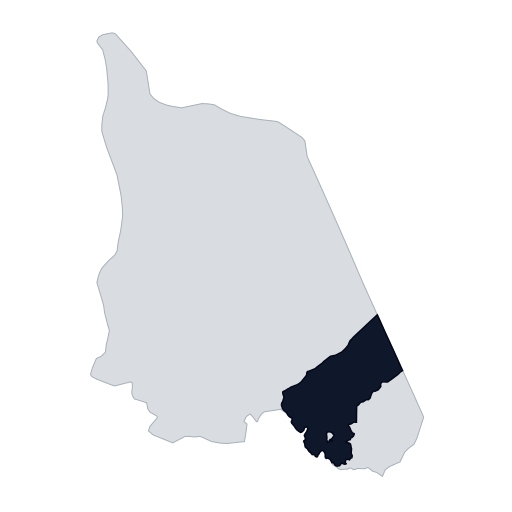 Rif Dimashq on a map of Syria (Albers equal-area conic projection), rotated 279°
{"feature_id": "SYR-144", "entity_name": "Rif Dimashq", "entity_type": "Province", "adm_level": 1, "iso_a3": "SYR", "parent_name": "Syria", "parent_adm1": "", "projection": "albers", "projection_center": [36.607, 33.459], "detail": "fine", "context": "in_parent", "style": "filled", "palette": "ink", "viewbox_px": 512, "rotation_deg": 279, "n_neighbors": 0, "source": "natural_earth", "source_scale": "10m", "svg_char_len": 6546}
<svg xmlns="http://www.w3.org/2000/svg" viewBox="0 0 512 512"><g transform="rotate(279 256 256)"><path d="M66.4,177.2L71.0,177.8L80.6,183.7L82.2,183.5L85.2,175.8L88.0,173.1L94.0,170.9L95.8,158.3L98.5,155.9L101.9,154.6L107.1,154.4L111.6,153.6L111.9,151.4L105.6,136.9L106.1,133.3L109.2,118.7L111.1,113.0L112.9,111.1L120.0,111.9L129.9,114.4L132.5,118.6L137.4,122.3L144.7,122.0L153.1,122.6L159.7,122.8L164.9,120.2L176.7,115.2L182.5,113.5L187.8,111.2L204.8,103.0L211.7,103.5L216.4,104.5L220.0,105.7L228.2,111.0L234.9,116.4L239.6,118.0L248.0,117.7L260.2,118.4L275.1,118.0L283.8,116.2L294.8,113.2L314.4,106.0L340.0,91.4L355.0,84.2L361.6,83.2L370.1,82.8L378.8,84.1L388.5,84.9L393.0,84.6L403.5,82.8L417.0,79.4L425.4,76.7L435.5,72.4L441.7,65.9L443.7,65.2L446.4,66.1L447.7,66.5L450.6,69.9L453.8,78.7L453.9,79.7L453.5,82.3L447.1,90.1L438.5,100.7L432.2,107.4L421.6,118.7L413.4,121.4L399.5,125.9L395.9,129.9L392.7,136.1L391.0,144.5L390.7,149.7L390.7,159.4L394.5,169.3L398.1,178.8L398.8,185.1L398.8,191.4L396.0,198.3L393.0,207.7L391.5,218.2L391.4,237.7L392.1,254.3L391.9,257.0L386.6,269.0L380.2,283.0L377.2,286.3L362.2,291.0L346.0,301.7L327.8,313.6L311.3,324.3L293.8,335.6L275.7,347.2L262.7,355.4L245.2,366.4L229.3,376.9L213.1,387.5L200.8,395.5L181.9,408.1L170.9,415.4L154.6,426.2L140.2,435.7L123.1,446.8L101.7,443.5L94.9,441.6L89.4,436.3L85.3,433.5L75.2,430.5L68.8,420.6L64.9,417.0L58.1,415.4L61.1,409.0L61.7,404.8L64.6,399.7L62.8,396.4L62.0,389.2L60.7,387.5L60.2,385.6L61.3,383.3L60.9,380.9L59.8,379.9L59.2,376.4L58.3,373.7L58.8,370.5L60.3,368.4L61.9,364.4L63.7,363.2L66.5,360.7L67.3,358.1L69.9,355.6L73.3,353.5L74.1,351.8L73.6,350.9L70.2,348.9L68.4,345.6L70.0,340.8L71.1,339.3L73.2,336.9L77.7,333.4L81.3,332.8L84.4,332.8L89.6,333.1L93.7,333.8L94.7,332.9L94.6,331.7L89.6,328.7L89.3,326.4L90.6,323.9L94.1,320.0L98.3,317.1L100.5,316.6L105.3,310.8L108.4,304.3L103.4,288.5L100.4,285.9L95.5,283.8L92.7,283.4L92.4,282.4L96.3,278.4L99.0,274.9L96.0,271.6L90.6,270.0L88.6,273.4L81.7,273.7L70.9,273.6L66.3,256.9L65.6,249.7L65.8,241.3L69.1,229.1L67.6,223.4L67.5,219.6L66.8,214.3L58.4,203.0L63.2,182.3L66.4,177.2Z" fill="#d9dde1" stroke="#a8b0b8" stroke-width="1"/><path d="M99.7,317.4L100.6,317.3L101.6,316.8L101.9,316.1L102.1,315.3L102.4,314.2L103.6,312.7L106.4,310.3L107.8,307.9L109.6,305.9L110.8,305.5L112.3,304.6L113.3,304.4L114.8,304.4L115.1,304.5L116.2,305.1L120.6,305.7L121.1,305.7L121.3,305.6L123.4,304.4L125.3,303.8L125.8,303.7L126.1,303.8L126.4,304.1L127.2,305.2L127.2,305.3L127.4,305.6L128.8,307.3L129.7,308.2L130.6,309.6L131.7,310.7L132.1,311.2L132.5,312.0L133.4,313.5L133.8,314.2L133.9,314.3L134.3,315.0L135.0,316.3L135.2,316.7L135.4,317.0L135.5,317.1L135.8,317.3L136.0,317.6L136.3,318.1L138.4,320.1L139.1,320.6L139.5,320.8L145.6,324.3L146.3,324.5L146.6,324.5L147.2,324.6L148.5,324.4L149.7,324.8L150.1,325.1L150.2,325.3L150.2,325.6L150.6,326.5L150.8,326.8L154.1,332.2L154.6,332.6L155.5,333.2L160.6,338.2L161.6,338.9L162.3,339.3L168.3,344.9L168.7,345.5L169.3,347.0L169.4,347.4L169.5,347.6L169.9,348.7L170.1,349.2L170.5,350.2L174.7,355.9L179.0,359.1L180.8,360.1L181.4,360.5L182.4,361.0L184.7,361.5L185.3,361.8L186.4,361.9L186.5,362.0L187.2,362.3L187.6,362.5L189.2,363.8L191.1,364.9L216.9,385.0L211.6,388.5L200.8,395.5L192.9,400.8L182.2,407.9L171.5,414.9L165.7,418.7L164.6,417.3L164.0,416.7L161.0,414.5L152.3,405.9L152.2,405.6L152.1,405.4L152.0,405.2L151.7,401.7L151.5,401.0L151.5,400.7L151.3,400.5L151.1,400.1L150.6,399.6L149.6,399.3L147.8,399.2L147.5,399.3L147.4,399.5L147.2,399.6L146.9,399.7L146.0,399.4L142.8,397.5L142.7,397.1L142.6,396.9L142.4,396.8L142.3,396.6L142.2,396.5L142.2,396.4L142.0,396.2L141.9,395.9L141.7,395.7L141.4,395.4L141.2,395.2L141.1,394.9L141.1,394.3L141.1,394.1L141.1,393.9L141.1,393.7L141.0,393.4L140.9,393.3L140.8,393.2L140.6,393.0L139.9,392.6L139.6,392.4L139.4,392.2L139.0,391.9L134.9,391.1L134.5,391.1L133.5,390.9L133.3,390.8L132.0,389.8L131.8,389.7L131.7,389.6L131.7,389.4L131.6,389.2L131.6,388.9L131.5,388.2L131.3,387.6L131.2,387.3L131.2,387.2L128.8,384.7L128.7,384.6L128.6,384.3L128.4,383.4L128.4,383.2L128.1,382.7L127.4,381.9L127.2,381.7L125.4,380.8L124.8,380.3L124.3,379.8L124.0,379.6L123.5,379.0L123.4,378.9L107.5,381.2L107.4,380.4L107.3,379.2L107.3,378.9L107.2,378.8L107.1,378.6L107.0,378.4L104.9,376.0L104.8,375.7L104.7,375.5L104.4,374.6L104.3,374.4L104.2,374.1L104.0,373.8L103.8,373.7L103.5,373.6L103.3,373.7L102.2,374.4L101.9,374.8L101.7,375.1L98.6,377.0L98.3,377.2L96.4,378.9L96.2,379.2L96.2,379.3L96.1,379.5L96.1,380.3L96.0,380.6L95.9,380.7L95.8,380.8L95.6,380.9L95.3,380.9L94.8,380.8L93.2,380.3L92.9,380.1L92.6,379.8L92.0,379.4L91.9,379.3L91.8,379.2L91.6,378.6L91.4,378.4L91.2,378.2L90.8,378.1L89.7,377.9L89.4,377.8L89.2,377.7L89.0,377.3L89.0,376.5L88.9,376.4L88.8,376.2L88.7,376.1L88.0,375.7L87.8,375.6L87.7,375.4L87.4,375.1L86.9,374.2L86.7,374.0L86.5,373.9L86.3,374.0L86.1,374.3L85.8,375.0L85.7,375.3L85.7,375.5L85.9,376.4L85.9,376.7L85.9,376.8L85.9,377.0L85.7,377.5L85.4,378.1L85.1,378.7L84.5,379.0L81.9,379.9L80.9,380.4L80.7,380.5L75.7,380.9L74.7,381.8L74.3,382.0L74.1,382.1L73.7,382.3L73.3,382.3L72.1,382.3L71.7,382.2L71.5,381.9L71.1,381.2L70.9,381.0L70.7,380.8L69.3,380.3L69.4,379.8L69.5,379.4L69.4,378.3L69.5,377.7L69.5,377.3L69.5,377.2L69.3,376.9L69.1,376.8L68.3,376.6L67.5,376.6L66.1,376.3L65.9,376.3L65.6,376.5L65.4,376.6L65.3,376.8L65.2,377.2L65.1,377.4L65.1,377.5L64.9,377.6L64.7,377.4L64.3,376.5L64.3,376.2L64.2,376.1L64.2,375.8L64.2,375.5L64.3,375.0L64.4,374.6L64.5,374.4L64.9,373.8L65.2,373.5L65.2,373.3L65.2,373.2L64.6,372.8L62.0,371.4L61.5,370.2L61.2,369.2L61.2,368.2L61.5,367.2L62.1,366.4L63.2,365.7L63.7,365.1L63.9,364.4L63.7,363.3L64.9,362.6L66.8,361.0L67.8,358.6L67.0,357.1L67.7,356.1L69.2,355.6L70.7,355.6L71.8,355.1L73.1,354.2L74.1,353.1L74.3,351.7L73.8,350.9L72.7,350.1L71.6,349.5L70.7,349.3L69.2,348.4L67.9,348.2L67.0,347.6L67.3,346.0L67.5,345.8L68.4,345.5L68.7,345.2L68.8,344.5L68.7,343.1L68.7,342.5L69.2,341.8L70.4,340.8L70.7,339.9L71.6,338.7L73.7,336.9L74.5,335.3L75.1,334.5L76.1,334.1L77.3,333.8L78.4,333.3L80.6,332.0L81.0,332.2L81.8,333.2L82.3,333.5L83.6,333.5L84.6,332.9L85.5,332.2L86.4,331.8L87.5,332.1L90.7,333.6L93.1,334.2L94.2,334.0L95.0,333.0L94.9,331.5L93.8,330.8L91.4,330.4L89.5,329.0L89.2,328.5L88.8,327.8L88.7,327.5L90.0,324.8L90.8,323.5L91.8,322.3L94.3,320.1L96.4,317.5L97.7,316.8L98.4,316.9L99.7,317.4ZM91.6,361.2L91.9,360.3L93.3,358.8L93.9,357.2L93.7,355.8L93.8,355.0L92.8,353.6L91.1,353.5L87.6,354.5L85.7,354.5L83.3,355.9L83.8,357.2L84.8,357.1L86.3,357.9L84.9,359.2L85.2,360.0L86.7,359.1L90.4,361.0L91.6,361.2Z" fill="#0f172a" stroke="#020617" stroke-width="1.5"/></g></svg>